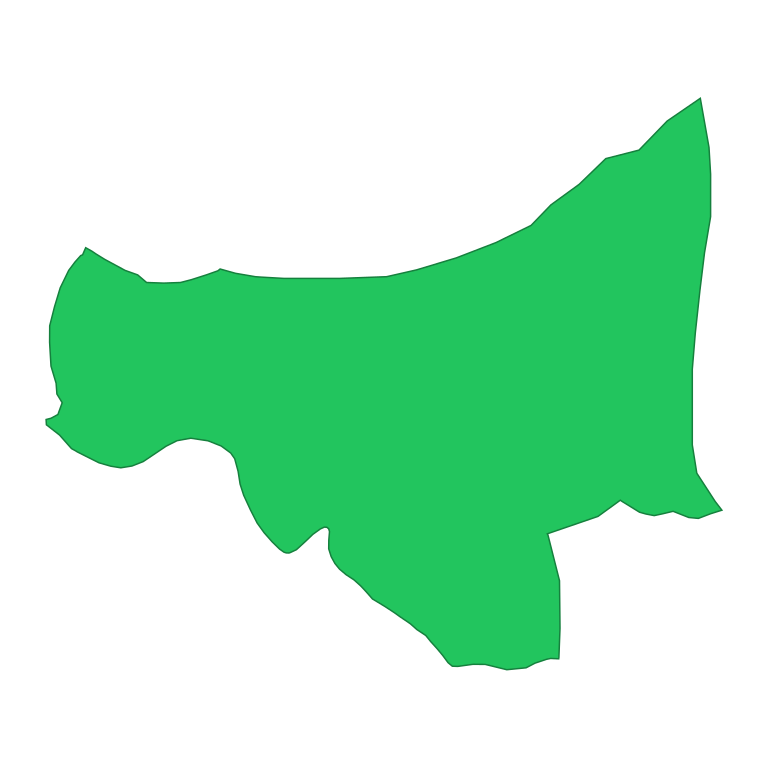 Monchy/Moulin A Vent, Gros Islet, Saint Lucia (Mercator projection)
{"feature_id": "8701671B65471913227261", "entity_name": "Monchy/Moulin A Vent", "entity_type": "district", "adm_level": 2, "iso_a3": "LCA", "parent_name": "Saint Lucia", "parent_adm1": "Gros Islet", "projection": "mercator", "projection_center": [-60.951, 14.063], "detail": "fine", "context": "isolated", "style": "filled", "palette": "green", "viewbox_px": 768, "rotation_deg": 0, "n_neighbors": 0, "source": "geoboundaries", "source_scale": "gbopen_adm2", "svg_char_len": 1880}
<svg xmlns="http://www.w3.org/2000/svg" viewBox="0 0 768 768"><path d="M85.7,247.7L82.6,254.8L80.7,255.6L75.0,262.0L68.7,270.4L60.2,287.9L54.5,306.8L49.7,325.8L49.6,342.3L51.0,366.1L56.1,383.2L56.9,394.0L62.2,402.7L57.9,414.5L51.1,418.2L46.1,419.5L46.4,424.8L59.6,435.1L71.5,448.6L75.7,450.9L77.1,451.8L86.0,456.3L97.4,462.0L99.0,462.8L110.8,466.2L120.8,467.8L132.0,466.0L143.2,461.6L157.2,452.2L166.1,446.2L177.0,440.7L190.7,438.2L208.0,440.8L221.2,446.0L230.7,453.0L234.7,458.7L238.1,471.3L240.1,484.1L243.7,495.3L250.5,510.0L257.2,523.1L264.2,532.8L272.3,542.0L279.6,549.1L284.0,552.2L286.2,552.9L289.0,553.0L290.2,552.6L296.4,549.7L305.8,541.1L312.9,534.3L320.4,528.9L324.4,527.1L326.9,527.3L328.7,528.8L329.5,531.6L328.8,540.2L328.7,548.8L331.2,556.7L335.0,563.6L339.6,569.2L346.1,574.7L353.9,579.8L360.5,585.7L364.2,589.6L367.7,593.5L372.5,599.0L384.3,606.1L393.8,612.3L400.1,616.8L410.4,623.8L416.8,629.5L425.8,635.5L430.8,641.7L436.7,648.2L442.7,655.4L448.1,662.7L452.3,666.2L457.8,666.4L473.0,664.3L485.2,664.4L506.8,669.7L526.1,667.8L535.1,663.1L538.5,662.0L546.5,659.3L550.8,658.4L551.9,658.5L558.7,658.8L558.9,657.4L560.0,628.3L559.5,580.7L548.0,535.2L547.3,533.8L598.0,516.4L620.3,500.2L622.5,501.7L639.5,512.2L645.9,514.0L654.2,515.6L662.6,513.8L673.1,511.3L688.8,517.5L698.4,518.4L710.7,513.7L721.9,510.2L715.2,501.5L696.8,473.2L692.3,444.9L692.3,406.1L692.3,369.3L695.3,333.1L699.9,290.6L704.5,252.9L710.6,216.7L710.6,174.2L709.0,147.4L700.3,98.3L667.2,121.0L639.0,150.1L605.8,158.6L579.2,184.3L551.0,204.8L531.1,225.4L505.1,238.1L496.2,242.5L456.3,257.9L416.5,269.9L386.6,276.7L340.1,278.4L316.9,278.4L283.7,278.4L261.0,277.1L255.4,276.7L235.5,273.3L220.1,269.0L217.9,270.8L206.6,274.8L191.3,279.7L180.5,282.5L163.8,283.1L146.6,282.5L137.7,274.9L125.1,270.4L104.8,259.4L95.9,253.9L92.1,251.3L85.7,247.7Z" fill="#22c55e" stroke="#15803d" stroke-width="1.5"/></svg>